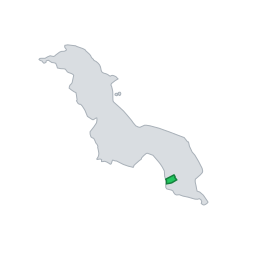 where Mwanza sits in Malawi, rotated 327°
{"feature_id": "MWI-1922", "entity_name": "Mwanza", "entity_type": "District", "adm_level": 1, "iso_a3": "MWI", "parent_name": "Malawi", "parent_adm1": "", "projection": "albers", "projection_center": [34.593, -15.694], "detail": "fine", "context": "in_parent", "style": "filled", "palette": "green", "viewbox_px": 256, "rotation_deg": 327, "n_neighbors": 0, "source": "natural_earth", "source_scale": "10m", "svg_char_len": 3230}
<svg xmlns="http://www.w3.org/2000/svg" viewBox="0 0 256 256"><g transform="rotate(327 128 128)"><path d="M99.2,148.5L97.8,146.6L96.6,147.1L95.0,148.5L94.1,148.9L93.6,148.8L93.3,148.5L93.0,147.6L91.7,145.0L90.3,143.2L88.7,142.5L87.5,141.7L88.0,140.9L88.6,140.3L88.4,139.7L87.7,138.8L85.0,137.6L84.9,137.0L87.3,135.9L88.8,134.6L89.8,133.3L91.0,130.5L92.0,127.8L92.8,126.9L93.1,125.1L92.9,123.0L93.4,120.4L93.6,117.9L92.8,117.0L92.1,115.3L92.9,112.5L94.1,110.5L100.1,108.4L104.3,106.6L105.1,105.8L106.5,104.2L107.3,102.6L106.8,102.2L103.5,102.2L102.7,101.6L100.3,96.2L101.5,90.0L101.6,87.6L101.6,84.6L101.2,82.4L100.1,81.5L99.5,80.3L99.6,77.1L100.6,76.7L102.6,72.5L103.6,70.0L102.4,68.0L101.2,65.1L100.6,63.3L100.3,62.7L101.1,61.6L102.6,60.5L104.1,60.2L105.8,59.6L111.1,54.3L111.1,53.3L110.2,51.5L108.2,48.9L107.7,47.8L107.5,44.6L106.7,43.6L103.8,41.5L101.5,39.2L102.2,36.9L102.6,34.4L101.5,33.0L99.8,31.6L98.8,29.5L98.3,28.0L97.0,27.3L95.8,27.3L94.9,28.3L94.0,28.2L92.8,27.9L92.4,26.6L92.4,25.1L91.6,24.1L90.8,22.7L90.7,22.0L91.2,21.8L92.2,21.7L96.5,24.4L99.1,24.5L102.0,25.0L104.4,27.4L105.7,27.7L107.3,27.4L112.0,27.1L113.9,27.5L116.3,28.9L117.2,29.1L118.7,29.1L119.0,28.7L119.1,27.9L118.9,26.2L119.2,25.3L120.1,24.3L122.7,25.4L129.0,30.7L129.2,31.4L133.3,36.7L134.6,38.9L134.6,40.1L135.8,44.7L136.1,46.8L135.8,48.5L135.9,49.8L136.4,51.7L136.2,52.5L137.6,55.2L138.3,57.6L138.5,59.8L138.1,62.0L136.8,65.3L136.6,66.5L136.9,67.7L137.7,69.0L139.0,70.4L140.1,72.1L140.8,74.0L141.4,74.9L142.1,74.9L143.4,75.2L144.5,76.3L145.8,78.3L146.2,80.5L146.4,81.4L142.8,81.3L138.3,81.7L137.1,82.6L136.8,84.5L135.4,88.4L134.6,89.9L132.9,92.6L130.6,96.3L130.1,97.5L130.2,98.8L131.6,103.9L133.0,109.3L133.5,111.3L134.5,118.5L135.1,123.5L135.2,126.5L135.7,130.4L137.0,132.6L138.3,133.9L143.4,134.7L144.9,135.7L147.7,138.2L154.0,145.2L157.4,149.7L160.4,153.6L165.7,160.9L169.9,166.6L170.4,171.9L171.1,172.7L169.6,176.7L168.7,183.0L169.3,187.2L169.0,194.4L168.2,202.1L167.2,204.8L166.0,205.9L163.1,206.7L156.7,207.6L155.8,208.5L154.9,210.0L153.6,213.5L152.1,217.1L151.6,218.6L151.9,219.0L153.3,220.8L154.6,225.4L154.8,233.4L154.4,234.0L152.5,234.3L150.5,234.2L149.6,233.8L148.9,232.9L148.3,231.2L149.7,230.0L150.1,227.9L149.3,226.1L147.6,225.7L145.4,224.1L140.8,218.8L137.0,215.0L134.7,211.9L132.4,210.7L131.8,210.0L131.2,208.6L131.2,206.8L131.4,205.4L130.7,203.8L128.4,201.4L127.3,200.1L127.3,198.5L128.2,196.9L130.2,195.0L131.7,191.2L132.3,188.7L135.1,183.8L135.5,179.5L135.5,176.0L135.3,173.5L134.6,168.2L134.1,164.5L130.6,159.8L129.5,159.3L126.2,159.7L123.3,160.4L122.0,161.4L119.8,161.5L114.3,162.3L112.5,162.7L111.5,163.6L110.9,163.8L107.4,160.1L104.3,156.1L100.4,149.4L99.2,148.5ZM139.9,96.0L138.9,96.3L138.3,95.8L138.5,94.3L138.8,93.2L139.7,93.1L140.4,93.4L140.9,93.8L140.9,94.6L140.6,95.4L139.9,96.0ZM137.8,93.4L137.2,94.8L136.1,94.8L135.1,93.5L135.4,92.5L136.4,92.2L137.3,92.6L137.8,93.4Z" fill="#d9dde1" stroke="#a8b0b8" stroke-width="1"/><path d="M129.8,195.7L131.4,193.4L131.8,192.5L131.8,191.5L135.0,191.8L138.1,192.1L141.0,192.4L141.0,194.1L141.0,194.3L140.8,194.5L140.7,194.7L140.3,195.0L140.3,195.3L140.5,195.9L140.6,198.0L135.0,197.8L133.9,197.5L130.2,195.9L129.8,195.7Z" fill="#22c55e" stroke="#15803d" stroke-width="1.5"/></g></svg>